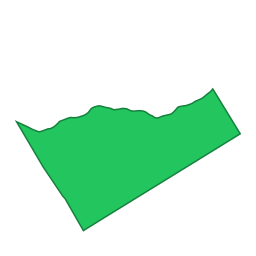 Henderson, Illinois, United States of America, rotated 58°
{"feature_id": "52423323B60960252709384", "entity_name": "Henderson", "entity_type": "district", "adm_level": 2, "iso_a3": "USA", "parent_name": "United States of America", "parent_adm1": "Illinois", "projection": "albers", "projection_center": [-91.022, 40.853], "detail": "fine", "context": "isolated", "style": "filled", "palette": "green", "viewbox_px": 256, "rotation_deg": 58, "n_neighbors": 0, "source": "geoboundaries", "source_scale": "gbopen_adm2", "svg_char_len": 1006}
<svg xmlns="http://www.w3.org/2000/svg" viewBox="0 0 256 256"><g transform="rotate(58 128 128)"><path d="M192.4,35.9L139.8,35.4L140.9,39.0L141.2,43.0L141.5,44.6L142.0,48.9L142.0,50.5L141.0,57.1L141.1,60.2L140.8,62.5L139.6,67.3L137.9,70.9L136.9,73.9L136.9,75.2L137.9,78.1L138.7,81.4L138.9,83.1L138.8,84.8L136.2,92.4L135.4,97.2L134.6,98.6L133.4,99.7L130.2,101.2L128.2,102.7L124.0,104.4L122.3,105.6L120.4,107.6L119.7,108.6L119.2,109.3L116.5,114.6L114.6,116.7L111.6,118.5L110.9,119.1L109.1,121.3L108.2,122.9L107.3,125.5L105.3,129.8L104.6,130.7L101.9,132.5L98.5,136.2L94.5,139.9L93.5,141.4L92.3,145.4L92.0,148.0L92.2,149.3L93.8,153.4L94.1,156.0L93.9,159.0L92.5,164.4L91.9,166.0L90.5,168.6L88.6,171.2L87.9,173.5L86.2,182.2L86.4,183.6L86.8,184.6L87.7,189.4L87.7,191.5L87.4,194.2L87.2,194.5L86.3,196.4L84.9,203.2L84.5,204.5L84.0,205.4L83.5,206.0L78.9,209.5L73.7,212.6L63.6,219.2L116.2,220.6L151.3,219.4L154.4,218.8L191.4,220.2L191.4,201.7L192.4,35.9Z" fill="#22c55e" stroke="#15803d" stroke-width="1.5"/></g></svg>